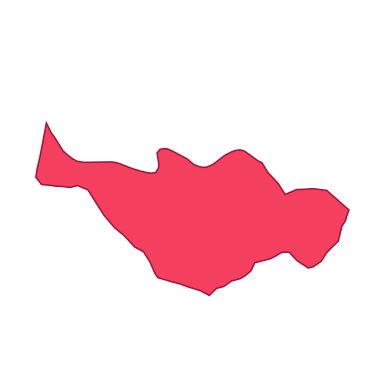 outline of Maengsan, P'yŏngan-namdo, North Korea, rotated 255°
{"feature_id": "82179303B43316794404011", "entity_name": "Maengsan", "entity_type": "district", "adm_level": 2, "iso_a3": "PRK", "parent_name": "North Korea", "parent_adm1": "P'yŏngan-namdo", "projection": "mercator", "projection_center": [126.637, 39.682], "detail": "fine", "context": "isolated", "style": "filled", "palette": "rose", "viewbox_px": 384, "rotation_deg": 255, "n_neighbors": 0, "source": "geoboundaries", "source_scale": "gbopen_adm2", "svg_char_len": 1302}
<svg xmlns="http://www.w3.org/2000/svg" viewBox="0 0 384 384"><g transform="rotate(255 192 192)"><path d="M124.6,134.9L123.3,135.1L118.2,136.8L111.4,147.7L106.3,156.7L101.2,163.9L94.4,174.7L87.6,181.9L90.2,186.6L92.6,190.9L92.5,198.1L95.8,207.1L95.8,216.1L97.4,221.6L100.7,228.8L107.4,234.2L107.3,243.2L107.2,250.4L108.9,257.6L110.5,263.0L108.8,270.2L98.6,275.6L88.5,284.6L88.4,289.9L91.7,299.0L98.4,306.2L101.7,311.6L106.7,320.6L113.3,324.2L120.0,327.8L125.0,333.2L128.4,335.0L133.9,339.0L158.7,322.5L163.9,309.9L165.6,301.0L167.3,293.8L165.8,283.0L165.8,281.2L177.6,277.6L191.1,270.4L202.5,267.0L204.7,264.1L218.0,253.2L220.2,249.3L220.9,245.2L220.6,240.9L219.0,233.5L213.4,219.7L212.6,216.0L212.3,211.7L213.3,208.0L215.6,204.1L218.3,200.7L225.4,195.7L237.1,183.1L239.9,179.5L241.2,176.2L241.5,172.1L238.8,168.4L226.3,167.0L223.3,165.4L220.3,162.0L220.7,157.7L221.9,154.6L225.7,147.3L230.5,139.8L238.3,129.2L240.5,125.3L241.9,122.0L248.5,95.7L251.4,89.0L254.2,86.0L261.0,80.6L265.1,78.1L282.0,72.9L285.5,71.4L296.4,69.2L280.1,61.4L265.1,54.1L255.0,48.7L246.7,45.0L238.2,48.6L234.8,57.7L233.1,61.3L231.4,66.7L227.9,75.7L227.9,83.0L221.1,92.0L209.3,95.6L192.5,100.9L177.3,108.1L167.1,115.3L153.6,122.5L146.9,129.7L135.1,133.3L124.6,134.9Z" fill="#f43f5e" stroke="#9f1239" stroke-width="1.5"/></g></svg>